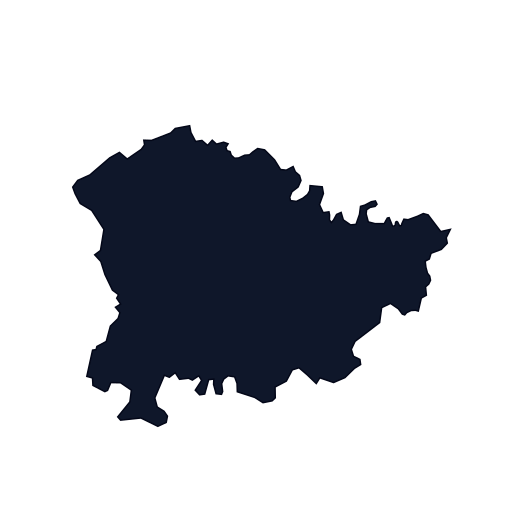 Minas de Corrales, Rivera, Uruguay (Albers equal-area conic projection), rotated 255°
{"feature_id": "84410073B24709911994057", "entity_name": "Minas de Corrales", "entity_type": "district", "adm_level": 2, "iso_a3": "URY", "parent_name": "Uruguay", "parent_adm1": "Rivera", "projection": "albers", "projection_center": [-55.503, -31.525], "detail": "fine", "context": "isolated", "style": "filled", "palette": "ink", "viewbox_px": 512, "rotation_deg": 255, "n_neighbors": 0, "source": "geoboundaries", "source_scale": "gbopen_adm2", "svg_char_len": 2589}
<svg xmlns="http://www.w3.org/2000/svg" viewBox="0 0 512 512"><g transform="rotate(255 256 256)"><path d="M175.4,373.6L168.2,379.8L162.0,382.3L160.6,384.4L162.3,386.9L163.2,391.7L162.3,396.0L160.8,398.5L172.6,404.8L174.0,410.4L182.3,411.8L184.2,415.6L187.4,418.3L191.6,418.6L195.0,417.2L201.1,417.2L207.2,418.1L208.2,422.6L213.3,425.8L214.4,436.7L218.9,444.1L224.4,444.5L231.4,450.6L231.8,440.8L251.2,432.9L253.7,428.6L252.6,422.3L251.7,412.3L253.3,408.4L249.7,405.4L247.9,404.3L247.8,402.7L249.6,402.1L251.9,401.7L252.9,401.0L252.8,400.0L251.9,399.3L249.8,398.5L249.2,397.1L249.6,395.6L253.2,395.2L256.4,394.8L258.6,394.5L258.7,392.7L256.5,390.5L254.1,388.3L256.5,379.3L259.9,373.3L268.2,373.3L272.0,374.8L273.4,378.7L273.1,383.9L274.7,386.3L278.3,385.6L278.6,381.4L277.0,374.3L276.9,369.8L269.4,366.7L260.7,360.8L261.6,355.4L268.3,349.7L276.1,349.5L275.3,344.6L270.7,340.2L268.8,337.5L271.9,336.3L276.5,337.7L279.8,337.9L280.5,332.1L289.2,330.6L298.9,337.3L305.7,337.9L310.0,326.4L305.1,324.7L302.1,321.7L299.7,316.2L298.3,309.1L300.6,303.7L304.0,303.8L308.7,307.3L311.8,314.6L317.3,319.0L322.5,318.9L327.1,315.8L332.8,315.0L331.1,307.5L333.2,302.1L344.1,298.8L356.3,291.8L359.4,285.4L357.3,279.7L355.4,275.9L356.3,271.2L355.2,264.5L356.0,260.6L359.8,258.2L363.6,258.0L365.2,255.3L368.7,255.0L371.6,258.1L374.3,254.2L374.3,246.8L379.2,243.7L375.4,237.9L381.6,233.7L382.3,227.3L392.1,225.1L399.0,225.6L400.1,211.0L396.9,205.4L394.7,185.0L396.9,177.6L392.2,177.1L388.7,172.8L383.0,156.7L391.4,150.9L388.7,140.2L377.3,116.5L375.2,103.4L370.0,96.8L363.0,97.4L352.2,99.8L342.6,109.1L321.1,116.0L301.6,107.2L298.9,100.5L290.9,104.7L277.2,105.3L260.2,108.5L254.2,113.2L251.3,110.5L244.6,112.8L242.9,107.0L236.5,109.9L231.3,106.6L226.0,97.2L212.2,89.2L209.8,78.9L207.0,77.3L207.4,73.8L183.5,61.4L180.5,66.5L173.2,65.0L164.1,74.9L164.6,77.8L171.3,83.0L168.6,92.4L158.7,100.9L147.7,96.4L136.4,80.8L132.5,82.7L129.3,102.9L116.9,117.1L118.5,126.2L124.2,129.0L129.8,127.0L135.7,121.5L145.1,121.5L164.5,136.6L161.3,140.9L164.2,147.8L156.7,150.2L155.4,159.2L152.6,162.4L155.1,169.7L149.9,171.3L142.1,162.6L136.5,165.6L135.9,170.7L148.8,178.3L148.0,183.4L143.0,181.8L133.3,181.8L131.3,186.9L133.7,188.7L141.6,189.8L145.4,192.9L147.5,198.0L144.8,204.1L137.8,204.7L129.7,202.8L119.7,218.2L112.5,224.8L111.9,234.1L114.0,237.9L124.5,240.5L127.3,252.9L136.6,261.6L136.9,268.6L127.8,274.8L117.2,281.2L121.8,286.1L113.7,298.2L115.5,310.4L122.0,322.0L124.1,329.0L129.2,329.6L133.9,324.2L141.2,323.9L147.9,329.6L159.7,358.2L173.6,364.0L175.4,373.6Z" fill="#0f172a" stroke="#020617" stroke-width="1.5"/></g></svg>